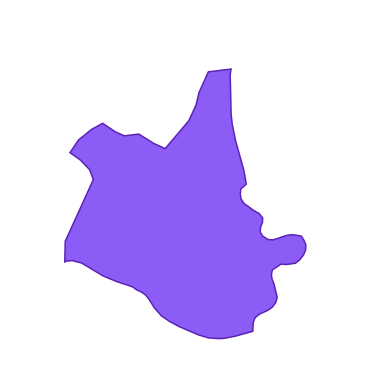 outline of Thosan, Hwanghae-bukto, North Korea, rotated 24°
{"feature_id": "82179303B9528454471639", "entity_name": "Thosan", "entity_type": "district", "adm_level": 2, "iso_a3": "PRK", "parent_name": "North Korea", "parent_adm1": "Hwanghae-bukto", "projection": "robinson", "projection_center": [126.762, 38.336], "detail": "fine", "context": "isolated", "style": "filled", "palette": "violet", "viewbox_px": 384, "rotation_deg": 24, "n_neighbors": 0, "source": "geoboundaries", "source_scale": "gbopen_adm2", "svg_char_len": 1198}
<svg xmlns="http://www.w3.org/2000/svg" viewBox="0 0 384 384"><g transform="rotate(24 192 192)"><path d="M236.3,167.4L238.4,162.7L230.4,150.9L211.1,127.6L201.1,113.6L195.9,104.6L179.1,69.1L177.7,63.8L158.1,75.5L158.0,88.1L157.9,98.1L160.3,110.6L160.1,128.2L155.0,145.7L149.8,163.3L137.4,163.2L119.9,160.7L107.3,168.2L97.3,168.2L82.4,165.6L74.8,175.6L67.2,190.6L64.5,205.7L77.0,208.2L89.4,213.3L96.8,220.8L96.6,248.4L96.4,271.0L96.2,288.5L104.2,307.6L105.4,306.2L110.5,303.4L119.9,301.8L145.2,304.9L160.8,304.4L176.1,302.8L181.4,303.9L186.3,303.9L191.2,304.9L195.5,307.0L204.9,313.2L214.5,317.6L224.3,319.4L235.1,320.2L256.0,319.9L266.3,318.6L276.3,315.0L281.2,312.4L290.1,306.2L304.2,294.5L301.0,286.3L300.8,281.1L303.3,276.2L309.7,268.9L312.3,264.3L313.5,258.6L312.7,253.6L304.2,242.5L300.8,239.3L298.2,235.3L297.1,230.4L302.7,221.6L307.4,220.0L315.4,215.1L318.0,210.2L319.5,204.0L319.3,198.5L317.6,194.1L314.1,190.7L309.9,187.9L304.8,189.0L300.3,190.5L296.2,193.1L285.6,202.7L280.9,204.5L274.9,203.7L270.7,200.9L269.0,196.5L268.8,191.3L267.1,186.9L262.0,184.3L255.8,183.8L243.9,181.2L239.6,178.3L237.1,174.5L235.3,169.5L236.3,167.4Z" fill="#8b5cf6" stroke="#5b21b6" stroke-width="1.5"/></g></svg>